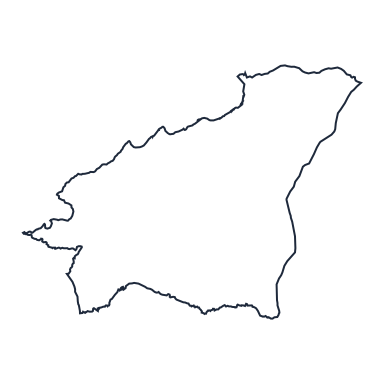 outline of Busega, Simiyu, United Republic of Tanzania
{"feature_id": "72390352B70559618037175", "entity_name": "Busega", "entity_type": "district", "adm_level": 2, "iso_a3": "TZA", "parent_name": "United Republic of Tanzania", "parent_adm1": "Simiyu", "projection": "orthographic", "projection_center": [33.696, -2.377], "detail": "fine", "context": "isolated", "style": "outline", "palette": "slate", "viewbox_px": 384, "rotation_deg": 0, "n_neighbors": 0, "source": "geoboundaries", "source_scale": "gbopen_adm2", "svg_char_len": 5900}
<svg xmlns="http://www.w3.org/2000/svg" viewBox="0 0 384 384"><path d="M237.6,76.5L244.4,84.2L243.2,91.4L244.3,94.8L243.7,96.5L243.3,96.3L242.7,100.5L243.1,100.9L242.5,101.7L242.4,102.8L242.0,102.4L241.4,103.5L241.6,104.2L240.9,104.1L240.6,104.9L241.0,105.4L237.9,107.8L235.9,107.6L234.8,108.2L233.8,109.5L233.4,109.2L232.2,110.7L232.2,110.1L230.8,111.1L230.2,112.0L224.9,115.0L224.1,116.1L222.8,116.3L221.3,117.8L220.0,118.1L220.2,118.9L220.5,119.1L219.0,118.6L213.6,120.4L210.6,120.4L209.4,120.1L207.2,118.6L205.9,118.3L204.3,117.9L202.1,118.3L200.4,119.3L198.9,119.4L197.9,119.9L197.7,120.2L198.1,120.5L199.4,120.3L195.0,123.7L193.2,124.6L192.5,125.4L188.0,126.6L187.3,127.2L186.2,129.2L185.4,129.8L184.6,129.9L183.6,128.7L182.6,129.6L178.6,131.5L175.3,132.2L173.5,133.8L170.0,134.3L168.2,133.5L168.1,134.0L168.1,133.4L165.4,130.9L164.6,128.3L163.3,126.8L162.4,126.8L161.6,127.6L159.2,128.9L158.6,129.6L158.8,130.1L158.3,130.2L154.1,135.7L152.9,136.1L152.7,136.6L152.6,136.3L151.0,137.0L150.2,138.0L149.0,138.9L146.4,142.5L143.8,145.5L141.9,146.5L139.9,147.2L135.6,147.5L133.8,147.1L131.0,144.4L130.2,142.2L129.3,141.1L128.5,141.3L126.6,143.4L125.8,143.7L123.2,147.2L122.5,149.0L121.1,150.6L120.6,151.8L117.8,153.8L116.9,155.2L115.3,156.5L114.7,157.3L114.0,159.2L112.7,160.8L111.0,161.4L109.7,162.4L107.8,163.4L106.6,164.5L104.0,164.3L102.3,164.6L99.4,167.7L96.8,169.1L95.2,171.3L93.7,172.1L90.4,171.9L89.1,172.8L84.8,173.8L82.3,173.9L81.6,174.5L79.5,174.3L78.2,173.8L76.0,176.0L75.0,176.2L73.5,177.8L71.5,178.5L68.6,182.3L66.9,182.5L65.4,184.0L65.1,185.8L63.4,187.3L62.1,191.3L58.9,192.5L57.3,193.7L56.9,194.7L58.9,195.9L59.0,198.3L62.5,200.1L63.9,200.2L65.1,202.7L68.5,203.5L71.4,205.4L71.5,207.5L72.8,208.9L73.4,211.5L72.3,215.8L70.7,218.5L69.3,219.2L68.1,220.6L67.3,220.7L62.3,219.4L60.3,219.5L58.2,220.2L57.1,219.7L53.7,219.1L50.9,219.9L50.3,220.6L51.1,221.1L51.9,223.4L50.9,226.2L49.9,227.8L47.4,228.6L45.5,228.1L45.2,227.6L45.0,224.6L44.5,223.9L43.8,224.3L42.6,226.2L40.7,228.2L38.2,228.8L37.7,229.4L36.7,229.4L35.7,230.0L32.5,232.7L31.8,232.8L30.7,231.8L29.9,231.6L29.1,231.7L26.4,233.3L24.9,232.7L24.4,232.1L23.0,232.8L23.8,233.8L25.5,233.9L25.9,234.2L26.3,234.0L28.0,234.9L29.7,235.0L30.7,234.6L31.6,235.2L31.8,237.0L32.2,237.7L34.5,238.8L36.1,239.0L37.1,239.9L39.1,240.3L41.3,238.9L41.3,238.7L42.1,238.8L42.5,239.3L42.2,241.4L43.5,242.3L45.8,242.0L46.4,242.3L46.8,243.0L46.5,244.1L48.3,245.3L48.1,245.9L48.5,246.8L51.4,247.5L52.5,248.1L52.8,247.7L55.0,247.7L55.0,248.7L55.3,248.8L58.8,247.6L59.7,247.9L60.5,248.6L62.3,247.8L63.9,248.3L67.5,248.2L68.2,248.9L69.4,249.1L72.0,248.4L73.1,248.5L75.5,250.2L76.4,249.2L77.0,246.9L78.7,246.2L80.4,246.2L81.7,246.6L81.8,247.4L78.7,252.0L78.3,253.4L77.6,254.4L76.5,254.8L74.8,256.3L74.7,258.3L73.7,258.0L73.1,258.7L73.7,261.4L73.7,263.1L72.8,263.7L72.2,265.0L72.2,266.5L71.6,267.4L70.7,268.0L70.0,269.5L70.3,271.3L68.6,273.7L66.9,273.9L72.5,281.9L74.4,286.5L75.1,289.2L75.1,291.8L77.5,296.6L77.8,301.5L78.3,304.3L78.8,305.1L79.1,306.5L79.9,310.9L80.0,313.3L82.4,313.0L83.0,311.9L83.3,312.3L84.0,312.1L84.7,312.7L85.3,312.8L85.7,312.1L86.3,312.1L87.6,311.1L89.6,311.7L92.1,311.6L92.9,311.0L93.2,308.6L93.9,308.2L97.9,311.0L98.0,310.1L98.7,309.2L98.1,309.0L97.8,308.4L98.7,307.9L101.5,307.4L103.2,306.7L104.9,306.7L105.4,305.8L105.9,305.4L106.9,305.5L107.6,306.3L108.2,305.5L109.1,305.4L109.5,304.2L109.3,303.0L110.5,299.6L111.9,298.9L114.9,294.8L117.3,292.2L118.4,289.4L119.1,289.6L119.7,290.5L120.8,289.7L121.6,289.7L121.8,288.9L120.7,288.6L121.0,287.9L121.9,287.2L123.0,286.8L123.5,287.8L123.0,289.1L123.5,289.7L125.6,288.1L125.9,286.1L129.2,283.6L132.1,283.4L134.1,282.9L138.5,283.6L145.1,286.8L147.2,288.3L150.3,288.9L152.1,289.8L154.6,291.9L156.3,292.6L157.9,292.5L158.6,292.0L160.5,294.0L162.3,294.7L166.7,295.4L168.2,294.1L169.6,294.6L169.9,295.7L169.7,296.8L170.3,297.4L173.1,296.8L174.8,297.1L175.3,298.4L176.5,299.6L183.3,302.3L185.2,302.5L187.3,303.4L188.5,303.5L189.7,305.6L191.1,305.7L191.5,306.4L193.7,305.5L194.2,306.6L194.8,306.5L195.1,307.3L197.3,306.6L198.1,307.6L199.1,307.6L199.5,308.7L200.8,309.8L200.9,310.2L201.9,311.3L201.7,312.6L203.7,313.2L204.4,313.9L204.8,313.6L206.0,313.7L206.5,312.3L207.3,311.3L208.2,310.9L208.2,310.5L209.4,310.4L210.3,310.9L210.4,310.5L213.2,309.5L213.1,308.8L214.0,308.8L214.6,309.5L214.7,310.4L216.6,309.4L218.3,309.4L219.8,307.6L220.7,307.5L223.2,305.8L224.7,305.1L226.0,306.5L227.7,305.8L228.9,306.4L231.0,306.4L232.1,306.9L235.0,307.1L235.2,307.5L236.5,307.3L237.3,304.9L237.7,304.6L239.3,305.4L241.3,305.8L241.5,305.3L243.3,305.4L245.0,306.0L246.1,303.8L247.1,304.2L247.5,305.6L251.9,305.4L252.3,305.8L252.5,306.8L254.3,307.2L256.1,308.3L257.9,310.9L260.1,315.6L262.7,316.6L263.0,316.4L264.0,316.7L265.6,316.0L267.3,317.6L268.0,317.6L268.0,317.2L268.6,317.2L270.9,318.6L272.6,318.6L274.4,317.3L277.3,317.0L278.5,315.0L279.0,313.2L279.4,312.8L279.2,310.9L277.5,305.4L277.5,303.1L277.0,300.2L276.6,284.4L279.0,278.5L281.2,275.2L282.4,272.4L284.4,265.8L287.3,261.1L295.0,252.4L295.4,248.2L295.0,236.3L292.2,221.7L290.9,217.8L290.7,215.8L289.7,213.0L286.5,199.8L286.6,198.7L290.2,191.5L293.8,186.7L295.2,181.7L299.4,176.1L302.9,166.7L305.1,165.0L309.1,163.5L313.9,154.2L316.9,147.4L319.5,143.0L320.4,141.8L331.5,134.7L334.3,131.5L335.2,129.2L335.8,123.0L337.9,113.2L340.6,109.6L344.9,103.1L348.1,96.9L351.2,91.9L353.9,89.7L356.7,86.6L361.0,82.8L357.4,81.6L355.7,80.6L355.0,78.7L355.0,77.3L353.6,76.8L352.1,77.6L351.2,77.0L350.4,75.3L346.8,74.4L343.8,70.8L341.1,68.9L337.6,67.5L331.1,68.7L328.6,68.3L325.0,69.3L321.4,70.9L319.4,72.7L316.5,73.0L314.1,72.2L308.5,73.4L305.0,72.5L302.5,71.3L299.2,68.2L294.2,66.7L291.4,66.8L287.6,66.2L285.0,65.4L280.6,65.9L273.0,70.5L269.7,71.8L267.8,73.5L264.7,73.9L261.6,75.0L259.2,74.0L255.9,74.9L252.1,77.5L250.0,76.4L246.9,77.5L245.2,73.1L244.8,74.5L243.9,75.1L243.4,74.3L242.5,74.1L239.9,74.5L237.6,76.5Z" fill="none" stroke="#1e293b" stroke-width="2"/></svg>